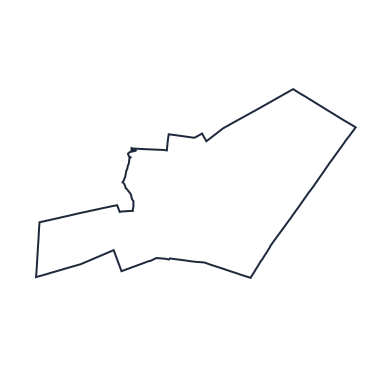 outline of Valcelele, Buzau, Romania, rotated 198°
{"feature_id": "2599482B18709155203204", "entity_name": "Valcelele", "entity_type": "district", "adm_level": 2, "iso_a3": "ROU", "parent_name": "Romania", "parent_adm1": "Buzau", "projection": "mercator", "projection_center": [27.37, 45.349], "detail": "fine", "context": "isolated", "style": "outline", "palette": "slate", "viewbox_px": 384, "rotation_deg": 198, "n_neighbors": 0, "source": "geoboundaries", "source_scale": "gbopen_adm2", "svg_char_len": 2818}
<svg xmlns="http://www.w3.org/2000/svg" viewBox="0 0 384 384"><g transform="rotate(198 192 192)"><path d="M205.8,244.9L206.2,244.7L206.8,244.3L207.2,244.2L207.3,244.1L207.5,244.1L208.1,244.0L214.9,242.8L220.0,241.9L226.5,240.7L232.0,239.7L230.9,233.5L228.8,223.8L232.0,223.2L236.0,222.1L251.5,217.8L261.1,215.2L261.8,215.1L262.1,215.1L262.6,215.1L263.0,215.1L262.9,214.8L262.8,214.1L262.6,213.4L262.5,212.8L261.7,213.0L261.0,213.2L259.8,213.7L259.2,213.8L258.7,214.0L258.4,213.9L258.5,213.8L258.9,213.4L260.3,212.7L261.2,212.1L262.4,211.4L263.2,210.9L263.8,210.3L264.5,209.1L264.7,208.6L263.4,206.8L262.4,206.1L261.1,206.1L261.0,205.9L261.3,205.5L261.8,205.2L262.0,204.8L260.9,199.9L261.1,197.1L260.9,194.9L260.7,193.9L261.0,192.3L260.9,190.7L260.8,190.0L260.3,186.5L260.3,184.9L260.5,181.7L261.1,179.9L258.9,178.7L257.1,176.6L256.3,175.3L254.5,174.4L251.1,172.1L250.1,171.4L249.2,170.6L246.9,166.7L245.9,165.9L244.7,165.1L244.2,162.8L243.5,161.2L243.0,158.5L242.9,156.9L242.4,155.8L253.0,151.7L254.6,150.7L259.1,156.3L263.7,153.8L293.8,136.3L302.7,130.9L308.8,127.3L309.7,126.7L315.3,123.4L317.0,122.4L317.5,122.1L319.6,120.8L322.4,119.2L326.5,116.8L327.7,116.1L327.5,115.4L327.1,113.8L325.9,109.0L323.7,100.8L320.8,89.4L317.9,78.3L317.5,76.7L316.9,74.5L314.9,66.6L314.5,64.8L314.1,63.4L314.0,62.9L306.0,68.2L302.0,71.0L293.6,76.7L289.1,79.8L279.2,86.5L275.7,88.8L248.5,112.5L237.2,98.2L234.6,94.9L211.2,113.3L210.4,113.5L206.2,117.5L205.9,117.9L205.4,118.1L202.3,119.0L195.4,120.5L193.9,120.5L193.4,120.6L193.0,120.7L192.5,122.0L191.2,122.2L176.4,125.0L172.0,125.7L166.6,126.8L159.3,128.6L157.8,128.8L152.4,128.6L138.5,128.6L130.8,128.5L124.8,128.5L122.5,128.5L121.7,128.4L121.0,128.4L120.8,128.4L120.6,128.4L119.7,128.4L119.0,128.4L117.7,128.4L110.9,128.5L110.1,128.5L109.8,128.5L109.7,128.5L109.7,128.9L109.4,129.9L109.0,131.7L107.9,135.9L107.3,138.7L106.9,140.2L106.1,143.4L105.1,148.0L104.6,148.9L104.2,150.3L103.9,151.7L103.2,154.5L102.9,155.6L102.6,156.6L101.9,159.4L101.7,160.4L101.3,161.8L100.9,163.4L100.8,163.8L100.8,164.6L100.8,164.8L100.6,165.6L100.3,166.4L99.8,168.1L99.2,170.0L93.3,187.9L92.0,191.9L89.8,198.4L89.4,200.2L88.2,203.7L87.5,206.0L87.0,207.5L86.0,210.6L84.7,214.8L81.9,224.0L80.4,228.9L80.0,229.6L79.1,232.4L78.0,235.6L77.6,237.1L74.4,247.7L71.8,256.3L71.0,259.1L70.7,260.0L70.4,261.2L68.7,266.3L66.2,274.1L63.7,281.9L62.7,285.0L61.9,287.8L61.2,289.9L59.7,293.9L58.9,296.3L57.4,300.7L56.3,304.1L65.0,306.1L66.1,306.3L71.4,307.5L74.7,308.3L77.3,308.9L79.5,309.5L82.8,310.3L85.8,311.0L89.2,311.8L91.6,312.4L94.4,313.1L96.9,313.7L101.5,314.8L105.5,315.8L110.3,316.9L112.9,317.6L116.0,318.3L117.2,318.5L118.8,318.9L123.4,320.0L126.0,320.7L127.6,321.1L155.1,291.1L171.7,273.4L180.7,263.7L182.3,261.9L194.0,244.7L200.5,250.7L205.8,244.9Z" fill="none" stroke="#1e293b" stroke-width="2"/></g></svg>